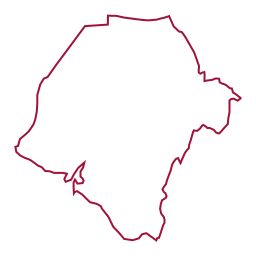 outline of Beaufort, Sabah, Malaysia
{"feature_id": "92858781B48397609160298", "entity_name": "Beaufort", "entity_type": "district", "adm_level": 2, "iso_a3": "MYS", "parent_name": "Malaysia", "parent_adm1": "Sabah", "projection": "robinson", "projection_center": [115.744, 5.299], "detail": "fine", "context": "isolated", "style": "outline", "palette": "rose", "viewbox_px": 256, "rotation_deg": 0, "n_neighbors": 0, "source": "geoboundaries", "source_scale": "gbopen_adm2", "svg_char_len": 2128}
<svg xmlns="http://www.w3.org/2000/svg" viewBox="0 0 256 256"><path d="M156.2,240.4L157.5,237.9L159.0,237.8L159.9,235.2L160.8,232.6L163.1,225.3L164.5,222.8L164.5,219.8L163.9,217.2L162.5,215.3L161.1,213.4L160.1,208.8L160.8,204.1L162.0,200.3L165.9,197.8L166.6,196.2L165.5,193.3L163.6,191.7L162.5,189.1L163.7,187.1L166.0,184.1L166.9,180.5L170.7,170.4L172.1,164.7L173.8,161.7L176.1,158.8L178.1,158.1L179.3,160.7L180.5,163.1L182.0,159.5L183.3,156.6L184.8,153.1L187.2,149.7L188.7,148.5L189.2,144.7L190.9,139.7L192.0,135.7L192.9,132.6L193.8,130.4L197.1,130.9L200.0,128.6L202.0,125.7L203.2,124.9L205.7,126.4L207.4,128.0L209.7,128.0L213.8,129.8L214.9,131.2L216.2,132.6L219.1,133.5L221.0,131.7L223.6,128.6L227.8,124.0L228.4,117.8L229.5,112.3L229.5,107.4L229.5,104.2L229.5,100.4L231.3,99.0L233.8,98.7L237.4,100.6L239.9,99.0L240.6,98.0L236.2,94.5L233.0,92.5L232.6,91.1L231.9,88.5L230.1,88.3L228.7,87.3L226.8,85.6L224.3,84.2L222.3,83.7L219.7,82.3L219.1,78.8L217.1,78.5L215.5,78.5L212.1,79.9L210.0,80.2L207.7,80.4L204.5,81.1L204.5,79.4L204.6,74.0L204.3,72.1L202.2,72.6L200.3,73.7L198.8,72.5L198.7,69.7L199.1,66.3L194.2,52.5L185.8,37.8L184.5,35.8L182.9,33.5L181.6,32.0L179.0,31.5L173.6,26.3L169.1,16.1L168.9,16.2L163.4,18.0L159.9,18.7L156.5,19.7L153.6,19.9L149.8,20.3L146.9,20.3L142.3,19.9L136.4,19.2L131.4,18.5L124.9,17.7L115.9,15.8L111.7,15.8L108.0,15.6L107.8,24.6L85.0,26.1L55.8,65.4L47.6,77.0L43.8,78.6L40.2,84.5L37.3,95.0L37.3,103.1L36.8,111.5L35.2,119.6L33.5,124.4L29.0,131.1L24.9,134.9L20.1,138.9L18.9,142.4L18.2,145.9L15.4,146.8L16.3,151.9L20.1,155.4L24.7,157.8L29.0,159.4L30.6,160.2L34.0,162.6L38.0,165.6L41.8,167.2L45.2,171.0L49.9,171.3L54.0,172.9L62.8,172.9L66.9,173.7L64.3,179.1L65.7,181.8L71.2,179.6L74.0,174.2L78.3,167.8L84.3,162.6L83.1,167.5L80.5,171.5L80.5,176.6L82.6,178.5L83.6,180.7L82.6,183.1L77.4,183.6L75.9,181.0L75.0,179.6L73.6,182.6L73.6,187.4L73.9,193.3L74.7,192.0L77.1,191.2L82.1,194.4L86.2,198.5L90.0,202.2L96.5,203.8L100.7,206.0L102.2,209.0L108.4,216.8L113.2,226.7L119.8,233.7L124.1,238.9L132.7,240.2L138.9,238.3L142.0,234.3L146.3,233.2L155.4,239.7L156.2,240.4Z" fill="none" stroke="#9f1239" stroke-width="2"/></svg>